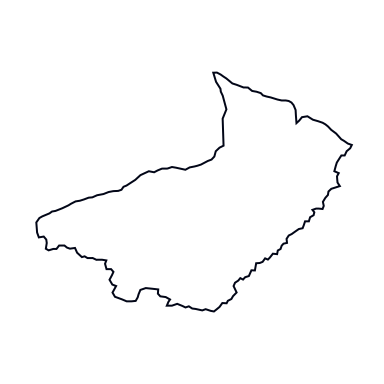 Colorado, Paraná, Brazil (Mercator projection), rotated 284°
{"feature_id": "56859067B48104016999409", "entity_name": "Colorado", "entity_type": "district", "adm_level": 2, "iso_a3": "BRA", "parent_name": "Brazil", "parent_adm1": "Paraná", "projection": "mercator", "projection_center": [-51.974, -22.817], "detail": "fine", "context": "isolated", "style": "outline", "palette": "ink", "viewbox_px": 384, "rotation_deg": 284, "n_neighbors": 0, "source": "geoboundaries", "source_scale": "gbopen_adm2", "svg_char_len": 2663}
<svg xmlns="http://www.w3.org/2000/svg" viewBox="0 0 384 384"><g transform="rotate(284 192 192)"><path d="M211.4,166.5L208.8,162.5L207.4,157.2L204.6,153.4L202.0,150.5L201.7,145.1L195.9,137.9L190.0,134.0L186.4,130.6L182.4,126.9L180.5,124.3L177.1,123.0L175.2,120.1L173.8,115.4L171.8,111.1L168.6,106.6L165.9,100.7L162.7,96.6L161.5,93.1L158.6,88.9L156.4,85.3L154.7,81.3L151.2,77.3L149.2,75.4L144.8,70.0L140.6,64.1L139.2,60.9L136.8,58.9L132.1,52.6L129.8,50.2L124.8,48.3L115.2,51.5L110.9,54.4L112.9,58.9L110.6,62.1L107.4,63.4L101.6,63.9L100.7,67.0L103.2,71.2L104.0,74.3L107.9,76.0L109.2,81.2L107.8,84.2L107.5,87.3L109.4,92.0L105.3,95.2L102.2,100.9L103.6,103.4L102.6,106.6L103.9,111.6L103.1,115.6L104.5,120.9L104.9,125.4L101.3,125.0L96.5,127.7L97.6,132.1L95.5,135.1L92.1,134.5L86.9,133.2L82.9,137.1L82.4,141.1L75.2,139.2L71.7,142.6L70.9,150.0L70.1,155.1L71.2,159.5L72.7,163.7L76.6,164.8L79.8,164.9L84.5,165.6L87.6,170.4L88.6,177.5L89.3,182.8L85.1,183.5L83.1,186.5L83.7,191.9L82.4,196.7L79.7,195.7L75.6,195.1L76.9,200.1L79.9,204.7L79.1,210.3L78.4,213.6L80.3,216.6L79.0,220.4L79.4,223.8L79.6,230.6L81.6,233.6L81.2,239.0L81.4,242.2L84.4,244.5L87.1,246.5L91.6,248.3L92.4,252.5L95.1,253.1L97.7,256.1L100.9,257.0L105.3,259.6L110.8,255.1L114.4,255.7L117.2,258.3L120.1,259.7L119.4,262.7L122.2,264.2L124.2,267.5L130.4,268.6L131.1,272.0L135.5,271.7L138.4,271.5L139.5,274.9L141.3,277.4L145.3,279.0L144.8,282.0L147.2,283.4L151.7,285.4L152.3,289.6L156.0,289.4L158.1,291.7L161.6,292.0L164.0,293.3L165.6,296.5L169.4,295.1L173.2,296.4L175.3,298.9L178.7,301.8L181.9,304.6L183.6,308.1L186.8,308.5L190.9,308.8L191.8,312.5L196.1,312.7L198.9,315.6L201.9,315.6L203.8,313.2L205.9,316.4L206.6,319.3L207.1,322.8L210.4,323.2L214.1,321.4L218.6,322.8L222.0,324.6L225.5,324.3L228.8,326.4L231.2,330.3L233.5,334.0L236.4,330.9L239.5,329.8L242.3,328.9L245.8,329.8L246.6,325.1L252.0,325.2L255.6,325.4L261.0,327.2L263.6,328.1L264.4,331.3L269.0,332.2L272.7,334.9L276.3,335.7L276.7,331.5L278.4,327.1L279.3,324.0L283.6,317.7L286.0,312.0L288.5,308.1L289.9,305.1L290.8,302.0L291.2,297.2L291.4,291.8L293.4,285.7L291.2,280.6L287.3,278.8L284.1,276.7L291.4,274.3L296.6,272.7L300.9,269.5L302.9,266.8L303.7,263.8L303.5,260.9L302.5,256.7L302.4,252.5L302.8,245.5L302.7,241.2L302.9,237.5L304.6,234.8L304.9,230.4L304.6,225.9L306.9,221.0L305.9,216.7L306.8,209.4L307.1,204.9L310.5,197.8L311.7,194.4L312.9,191.4L313.9,187.3L312.9,183.8L304.7,188.7L299.1,194.6L296.3,195.7L292.9,198.5L280.5,205.4L270.6,204.0L244.6,211.4L241.7,208.0L237.3,205.2L231.8,205.1L228.2,203.1L225.9,199.8L220.8,194.1L218.8,190.9L217.4,188.3L215.3,183.8L212.0,180.2L211.7,170.4L211.4,166.5Z" fill="none" stroke="#020617" stroke-width="2"/></g></svg>